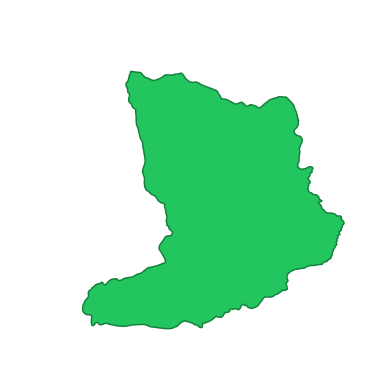 Chima, Santander, Colombia (Mercator projection), rotated 254°
{"feature_id": "7082276B29202754493362", "entity_name": "Chima", "entity_type": "district", "adm_level": 2, "iso_a3": "COL", "parent_name": "Colombia", "parent_adm1": "Santander", "projection": "mercator", "projection_center": [-73.411, 6.385], "detail": "fine", "context": "isolated", "style": "filled", "palette": "green", "viewbox_px": 384, "rotation_deg": 254, "n_neighbors": 0, "source": "geoboundaries", "source_scale": "gbopen_adm2", "svg_char_len": 5950}
<svg xmlns="http://www.w3.org/2000/svg" viewBox="0 0 384 384"><g transform="rotate(254 192 192)"><path d="M324.8,166.6L321.3,163.9L317.4,161.8L316.4,161.0L315.3,159.3L314.6,158.6L313.6,158.1L311.6,158.1L308.7,158.4L305.7,157.8L303.8,158.8L302.8,158.7L300.4,157.7L298.7,156.6L296.5,156.3L295.5,156.6L293.5,157.8L292.5,158.1L290.5,158.1L289.6,158.4L288.5,159.2L287.1,160.6L283.4,159.7L280.8,159.3L276.2,158.1L272.1,157.2L268.2,157.7L258.5,157.2L257.4,157.2L255.0,158.0L252.8,158.0L251.3,157.9L249.9,157.3L245.5,157.0L235.4,155.8L232.4,154.6L228.9,152.0L224.9,149.9L219.4,150.2L217.7,150.0L213.8,148.6L209.5,148.0L207.4,148.3L206.4,148.7L203.8,150.9L201.3,152.0L199.3,154.4L197.4,155.9L193.7,156.9L192.5,157.4L189.9,159.6L189.7,160.6L187.7,162.4L185.8,161.7L185.1,161.6L183.4,161.7L179.1,161.2L175.6,161.2L174.2,160.8L171.6,159.3L169.9,159.3L166.8,158.7L166.5,159.2L165.5,159.9L162.9,159.9L162.1,160.2L159.4,162.1L158.4,162.2L157.2,161.0L155.8,159.9L156.0,159.1L156.6,155.1L156.5,154.6L154.8,152.4L153.3,150.9L150.6,147.2L148.9,145.7L147.2,144.8L146.0,144.8L145.0,144.9L142.9,145.7L136.3,147.3L134.1,147.5L132.3,147.5L131.7,146.9L131.4,145.6L130.8,139.1L130.8,135.7L131.0,132.4L130.9,130.4L131.4,129.3L131.1,128.1L128.1,121.0L127.9,119.6L128.0,116.1L127.3,113.8L126.8,111.4L127.3,106.5L127.6,104.5L127.6,103.1L126.6,98.7L127.2,97.1L127.6,96.6L128.2,96.2L128.9,96.1L129.2,95.8L130.0,93.1L130.1,90.6L129.8,88.6L129.4,87.5L128.9,87.0L127.0,83.8L126.9,83.0L127.1,82.1L127.6,81.8L128.2,81.5L129.8,81.0L130.1,80.5L130.1,79.9L129.5,78.5L129.3,77.5L129.7,76.1L129.4,73.9L129.0,73.0L128.3,72.2L127.8,71.2L127.7,70.2L127.3,69.4L126.1,68.4L125.8,67.4L125.8,66.7L125.5,66.0L123.9,64.5L122.6,64.4L119.6,63.4L117.6,60.2L116.3,58.6L112.9,56.0L109.5,54.5L108.1,54.3L106.9,54.4L105.3,55.1L104.3,55.9L103.6,56.4L103.1,57.3L101.7,60.7L100.9,61.3L99.9,61.3L96.2,59.8L93.1,59.1L91.9,59.0L91.2,59.3L90.9,59.7L90.9,60.8L92.7,63.3L92.9,64.0L92.8,64.6L92.4,65.3L89.8,66.7L89.4,68.5L89.4,70.7L89.7,71.9L89.7,72.8L89.5,73.4L87.5,76.3L85.7,79.8L83.4,84.4L83.1,85.8L82.1,87.9L81.4,90.6L80.5,98.8L79.0,105.3L78.0,109.1L77.2,110.8L74.0,114.8L68.6,127.2L67.1,131.7L66.5,135.3L66.5,136.1L67.0,138.2L66.9,140.0L67.3,141.1L69.1,144.3L69.7,146.2L70.0,147.7L70.0,149.0L69.6,150.5L66.9,154.7L65.6,156.5L63.4,158.4L62.9,159.8L60.9,161.6L60.1,161.8L59.4,162.6L59.2,163.5L59.3,164.5L60.1,165.1L62.4,165.8L62.7,166.7L62.5,168.0L62.9,172.6L63.5,175.4L65.2,179.2L65.5,180.5L65.3,181.6L64.4,183.1L63.8,184.7L63.6,186.0L63.9,186.9L64.3,187.5L66.7,190.1L66.9,191.3L66.5,193.8L66.9,195.0L67.5,195.8L68.4,196.3L68.9,197.2L68.8,197.8L67.9,199.0L68.0,202.0L66.6,203.4L66.1,204.2L66.2,205.2L67.3,206.6L69.4,208.4L70.0,209.1L70.2,209.8L68.9,210.9L68.3,211.7L67.7,213.4L66.7,213.6L65.4,214.3L64.0,216.8L63.6,217.3L63.5,218.5L64.1,222.7L64.5,224.0L67.2,227.5L68.2,229.0L70.4,231.5L70.8,232.7L70.7,234.2L69.4,238.5L69.2,240.5L69.5,241.7L70.3,243.6L70.3,245.3L70.7,247.2L71.3,249.1L72.4,251.7L72.4,252.6L72.0,253.5L71.9,254.6L71.9,255.6L72.3,256.8L74.8,257.2L78.2,257.3L79.1,257.9L79.2,258.8L79.9,259.6L80.9,259.8L83.2,259.7L84.9,260.0L85.8,260.5L87.2,262.1L88.4,265.2L89.1,268.9L89.1,270.2L89.0,271.5L88.6,272.7L88.4,276.0L87.9,279.6L88.7,281.9L88.8,284.0L88.6,284.5L88.6,286.5L87.8,288.5L87.6,289.8L87.6,291.1L87.0,295.7L86.7,296.6L86.7,297.4L87.4,298.0L87.9,298.8L88.3,300.9L88.1,301.9L88.1,302.8L89.4,304.4L89.7,306.5L91.3,308.1L92.3,308.6L92.9,309.4L95.4,310.4L96.0,311.1L97.7,312.1L98.1,312.9L98.9,313.7L100.4,315.0L101.7,316.7L103.8,316.6L105.1,318.1L106.6,318.2L107.8,319.7L108.7,320.0L109.7,319.9L110.2,321.5L110.6,322.4L113.0,322.3L113.5,323.2L113.7,324.1L114.2,325.0L116.0,325.5L117.0,326.7L117.9,327.0L118.6,327.8L119.1,328.7L120.0,329.5L121.3,329.7L123.8,328.6L124.5,327.9L125.3,328.0L126.3,328.7L127.3,328.7L128.1,327.8L128.9,324.9L131.3,323.4L132.0,322.4L133.6,319.6L133.6,318.8L134.1,317.5L134.8,316.0L135.4,315.1L136.4,314.5L137.8,314.2L138.8,313.6L139.6,312.5L143.3,312.3L146.9,310.7L147.3,311.2L147.3,313.9L147.8,314.4L149.8,312.7L151.2,312.3L152.5,312.4L153.7,311.9L154.8,310.8L156.3,307.8L157.0,307.2L157.7,307.0L158.3,306.3L158.6,305.4L159.2,304.9L160.1,304.8L160.8,304.2L161.4,304.1L162.9,304.6L164.3,304.5L165.3,304.9L165.6,305.7L166.6,306.1L167.3,306.2L167.7,306.8L168.2,307.9L168.9,308.4L170.5,308.0L171.6,307.5L173.3,307.4L174.1,308.2L174.7,309.4L175.5,310.0L177.1,310.4L177.8,312.5L178.3,313.0L180.0,313.3L181.0,314.6L181.7,314.8L183.0,314.1L183.5,313.2L183.9,311.9L183.7,310.4L183.2,307.7L183.6,303.6L184.7,302.1L186.2,301.0L188.1,300.7L190.1,301.7L191.6,303.1L195.9,304.7L196.9,304.8L200.8,306.8L204.4,307.2L205.4,307.8L205.9,308.5L207.6,309.4L208.4,310.6L209.7,311.5L212.0,312.3L213.1,312.4L214.5,312.1L215.7,311.3L216.8,309.5L218.4,307.7L219.9,307.0L221.1,306.7L222.2,306.8L224.1,308.2L224.6,308.8L224.5,309.3L224.8,309.9L225.9,311.3L227.3,312.6L227.8,312.9L230.1,313.2L231.4,314.3L231.8,314.1L234.7,314.0L239.7,314.3L242.9,313.8L247.2,313.6L248.2,313.5L255.8,309.6L257.4,308.4L257.7,307.5L257.8,306.7L258.7,304.7L259.6,301.7L259.6,300.5L259.3,299.4L259.5,296.9L259.4,295.4L259.0,291.5L257.7,288.7L256.5,285.4L254.9,282.4L254.4,280.8L254.4,279.6L255.1,278.5L256.6,277.4L257.9,275.8L259.5,273.1L259.8,271.9L259.3,269.9L259.3,268.0L259.9,267.3L261.4,266.8L262.3,266.4L264.2,264.9L264.6,264.3L264.7,263.7L264.7,262.7L264.2,259.9L264.4,258.5L265.7,256.6L268.5,253.9L271.3,250.7L272.2,249.2L273.1,246.9L273.6,246.2L274.5,245.8L277.1,245.4L278.5,244.7L281.8,244.1L283.2,243.1L285.4,239.9L287.1,237.9L288.1,236.3L291.8,231.5L292.6,230.5L295.2,228.2L295.9,227.4L296.7,225.8L297.2,222.4L298.4,220.3L300.2,218.8L302.0,217.6L303.2,217.0L306.7,216.0L308.6,215.0L309.3,214.3L309.3,211.4L309.8,208.8L310.0,204.4L311.6,200.1L311.7,199.4L311.7,197.6L310.4,194.5L309.8,191.1L309.6,187.8L309.7,186.1L310.1,185.3L311.1,183.7L313.3,181.4L315.4,178.3L316.6,177.8L317.3,177.2L319.6,176.4L320.8,175.6L321.7,173.9L322.7,171.1L324.8,166.6Z" fill="#22c55e" stroke="#15803d" stroke-width="1.5"/></g></svg>